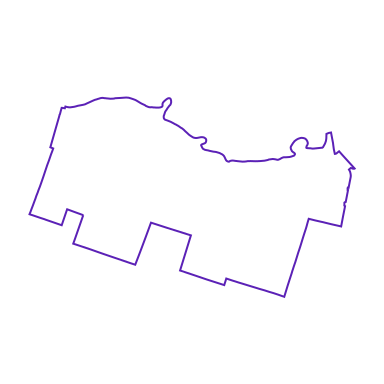 outline of Ciulnita, Ialomita, Romania, rotated 9°
{"feature_id": "2599482B31349838477695", "entity_name": "Ciulnita", "entity_type": "district", "adm_level": 2, "iso_a3": "ROU", "parent_name": "Romania", "parent_adm1": "Ialomita", "projection": "albers", "projection_center": [27.294, 44.52], "detail": "fine", "context": "isolated", "style": "outline", "palette": "violet", "viewbox_px": 384, "rotation_deg": 9, "n_neighbors": 0, "source": "geoboundaries", "source_scale": "gbopen_adm2", "svg_char_len": 5015}
<svg xmlns="http://www.w3.org/2000/svg" viewBox="0 0 384 384"><g transform="rotate(9 192 192)"><path d="M238.4,278.9L239.4,272.1L246.1,273.2L248.3,273.5L252.1,274.1L255.8,274.6L259.3,275.1L271.4,276.8L273.4,277.1L279.1,277.8L283.6,278.5L288.2,279.1L293.1,279.9L299.5,281.1L300.3,275.4L301.1,269.7L301.6,266.5L302.1,263.3L303.1,257.0L303.5,253.9L303.7,252.9L304.3,249.0L305.0,245.1L305.7,240.2L306.4,235.3L307.0,231.8L307.6,228.0L308.7,220.2L309.4,215.5L310.3,209.9L310.6,207.5L310.8,205.5L311.1,203.0L311.5,200.2L314.8,200.5L318.1,200.8L321.2,201.0L324.2,201.2L326.2,201.3L328.3,201.5L334.4,202.0L342.1,202.5L344.7,202.7L345.0,192.3L345.4,182.0L344.6,181.6L344.2,178.6L344.5,178.2L345.4,177.8L345.8,165.7L345.4,165.7L345.2,164.5L345.1,164.1L345.2,163.3L346.0,163.3L346.4,152.2L346.2,150.6L345.7,149.0L344.9,147.1L344.0,145.9L343.5,145.3L345.1,143.4L347.2,143.8L348.4,143.7L348.9,143.5L349.0,143.4L335.3,132.4L330.9,128.8L329.5,130.3L328.8,131.1L328.1,131.7L327.9,131.8L327.1,132.0L325.4,127.6L324.1,123.3L323.6,121.5L323.3,120.7L320.0,111.5L317.8,112.3L315.7,113.6L316.1,116.6L316.3,118.4L316.3,120.7L315.8,123.4L314.4,127.2L313.9,127.8L306.0,129.9L304.3,130.3L301.9,130.3L299.8,130.6L298.2,130.6L297.9,130.1L298.1,128.5L298.5,127.7L298.7,126.8L298.8,125.9L298.5,124.9L297.9,123.8L297.0,122.7L296.0,121.9L294.9,121.4L294.5,121.4L293.8,121.3L292.8,121.3L291.6,121.4L290.7,121.7L289.9,122.1L288.7,122.7L287.1,123.9L286.3,124.7L285.1,126.0L284.8,126.8L284.2,127.7L282.8,131.0L282.5,132.1L282.5,132.6L283.0,134.2L283.5,134.8L284.3,136.0L285.9,137.0L286.6,137.2L287.0,137.5L287.5,137.9L287.7,138.2L287.8,138.5L287.3,139.9L286.6,140.4L284.5,141.5L282.8,142.2L279.3,143.0L277.9,143.2L277.3,143.3L276.2,143.8L275.4,144.3L274.5,145.0L273.7,145.7L272.2,146.6L271.7,146.8L270.5,146.8L269.6,146.7L267.5,146.7L266.5,146.8L262.8,147.9L261.9,148.5L258.8,149.7L254.4,150.8L252.0,151.3L249.8,151.7L245.0,152.3L243.6,152.6L242.2,152.8L240.8,153.3L239.3,153.7L237.3,154.1L232.3,154.4L231.3,154.4L230.1,154.5L228.1,154.5L227.6,154.6L227.0,154.6L226.6,154.7L226.2,154.8L225.8,155.0L225.1,155.2L224.6,155.5L224.1,156.1L223.5,156.3L222.9,156.3L221.5,155.9L220.8,155.4L219.9,154.2L219.2,153.1L218.4,152.0L217.7,151.2L216.8,150.6L215.9,150.1L214.3,149.6L213.2,149.2L210.2,148.8L209.3,148.7L206.6,148.8L204.9,148.7L202.9,148.6L201.3,148.4L200.1,148.4L198.2,148.3L196.3,147.7L195.7,147.2L194.8,146.1L193.7,144.4L193.8,143.9L194.3,143.4L196.6,142.1L197.3,141.6L197.8,140.9L198.0,140.0L198.0,138.8L197.7,137.8L197.1,137.1L196.3,136.7L195.4,136.3L194.2,136.2L193.1,136.3L192.1,136.5L190.8,137.0L188.9,137.7L187.8,138.0L186.9,138.1L185.9,138.1L184.9,138.0L184.0,137.7L181.5,136.6L180.1,135.9L177.9,134.4L175.9,133.1L174.9,132.4L174.7,132.2L174.4,132.0L174.1,131.8L173.6,131.5L173.1,131.2L172.7,131.0L172.2,130.7L171.7,130.5L170.8,130.2L170.0,129.8L169.5,129.5L168.1,128.9L167.5,128.6L166.5,128.3L165.6,127.9L164.4,127.6L163.4,127.2L162.6,126.9L161.7,126.6L161.1,126.4L160.6,126.2L159.5,125.9L156.4,125.2L154.1,124.8L153.4,124.3L152.8,123.8L152.5,123.1L152.3,122.2L152.2,121.3L152.5,119.9L152.7,118.5L152.9,117.2L153.3,116.1L154.0,114.8L154.3,114.0L154.8,112.8L155.6,111.4L156.0,110.6L156.4,110.0L156.9,109.4L157.1,108.9L157.2,108.3L157.3,107.7L157.4,106.9L157.3,106.1L157.1,105.3L157.0,104.8L156.7,104.2L156.4,103.6L155.9,103.1L154.9,102.9L154.0,103.1L153.2,103.6L152.3,104.4L150.8,106.1L150.2,106.9L149.5,108.0L149.3,108.4L149.2,108.9L149.1,109.8L149.3,110.7L149.4,111.4L149.3,112.0L149.0,112.5L148.4,112.9L147.9,113.2L147.2,113.5L146.1,113.8L145.0,114.0L144.1,114.1L143.5,114.2L142.9,114.3L142.3,114.3L141.6,114.4L140.8,114.5L140.0,114.5L138.6,114.6L137.4,114.9L136.2,114.9L135.0,114.7L133.4,114.3L133.0,114.2L132.6,114.0L131.9,113.6L128.4,112.6L127.3,112.2L123.4,110.6L121.8,110.0L119.4,109.5L117.0,109.1L114.8,108.8L112.2,109.0L109.6,109.6L107.0,110.2L104.2,110.8L101.5,111.4L101.2,111.5L100.7,111.8L100.0,112.0L99.1,112.2L97.6,112.5L96.5,112.7L95.7,112.7L94.2,112.8L92.7,112.9L91.7,112.9L91.0,113.0L89.9,113.0L89.1,113.0L87.8,113.3L86.7,113.7L85.8,114.2L84.9,114.6L84.1,115.0L83.4,115.4L81.6,116.2L79.7,117.4L76.7,119.4L74.4,120.9L72.7,122.1L71.1,122.8L69.2,123.5L65.8,124.7L63.9,125.6L62.2,126.3L58.6,127.4L57.3,127.6L55.2,127.6L53.6,127.4L53.3,129.2L52.1,129.2L50.7,129.2L50.6,129.3L50.3,129.3L50.1,129.3L49.7,132.6L49.4,135.8L49.2,136.2L49.1,136.5L49.1,137.1L48.8,139.7L47.1,153.5L45.1,170.0L48.1,170.7L47.6,173.5L46.9,176.8L45.8,183.1L44.6,189.1L44.6,189.3L43.9,193.4L42.9,199.5L42.1,204.1L41.5,207.4L40.9,210.6L40.2,213.7L40.0,214.7L39.7,216.5L38.9,220.0L38.6,221.7L38.5,222.5L37.6,226.9L37.0,230.0L36.2,233.7L35.6,236.8L35.1,238.8L35.0,239.4L37.6,239.8L46.3,241.3L50.8,242.0L51.6,242.2L60.1,243.7L68.5,245.2L71.0,230.7L71.4,228.6L80.0,230.3L88.3,231.9L88.2,231.9L83.8,256.3L83.2,259.5L82.8,261.6L100.9,264.6L107.9,265.9L115.1,267.2L142.9,272.0L147.3,272.7L149.3,263.4L150.7,256.7L153.3,243.9L156.3,228.7L172.9,231.3L197.7,235.0L192.5,271.4L206.3,273.7L220.3,276.1L238.4,278.9Z" fill="none" stroke="#5b21b6" stroke-width="2"/></g></svg>